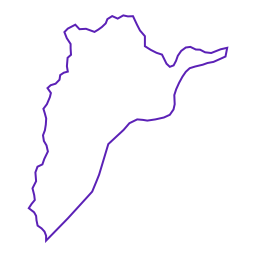 the district of Terezópolis de Goiás, Goiás, Brazil
{"feature_id": "56859067B74545667344243", "entity_name": "Terezópolis de Goiás", "entity_type": "district", "adm_level": 2, "iso_a3": "BRA", "parent_name": "Brazil", "parent_adm1": "Goiás", "projection": "mercator", "projection_center": [-49.069, -16.456], "detail": "fine", "context": "isolated", "style": "outline", "palette": "violet", "viewbox_px": 256, "rotation_deg": 0, "n_neighbors": 0, "source": "geoboundaries", "source_scale": "gbopen_adm2", "svg_char_len": 1314}
<svg xmlns="http://www.w3.org/2000/svg" viewBox="0 0 256 256"><path d="M47.5,88.1L50.9,93.0L49.9,97.1L46.9,104.2L43.4,108.8L44.8,113.3L46.2,118.5L45.8,124.7L44.9,130.3L43.0,135.3L43.9,141.0L46.5,145.4L47.9,151.5L44.3,158.9L42.4,164.4L37.5,166.7L35.4,172.4L36.1,181.2L32.5,188.3L34.2,195.1L34.8,200.0L31.6,203.9L28.8,208.2L34.1,212.3L36.1,215.9L36.5,220.3L37.6,225.6L41.6,228.4L44.5,231.6L46.1,235.7L46.1,240.6L67.8,218.4L78.4,206.8L87.6,196.7L92.2,191.6L96.5,181.2L99.1,174.7L108.3,144.1L123.7,129.8L129.4,123.2L137.2,119.4L143.0,119.9L147.3,120.6L155.4,119.4L163.9,117.5L169.8,114.8L173.5,109.5L174.7,104.2L174.3,95.1L176.2,89.2L179.1,82.8L182.5,76.6L185.8,71.8L189.7,68.2L195.2,66.5L202.8,64.7L207.5,63.0L213.5,61.9L220.0,59.0L225.5,56.5L227.2,47.8L220.6,49.3L211.2,53.0L205.1,52.3L200.1,49.7L195.8,49.5L190.4,46.9L185.8,47.5L181.2,50.9L177.8,55.8L176.0,60.9L173.6,65.4L169.8,66.8L166.5,63.7L162.0,54.6L156.5,52.8L150.8,49.9L144.9,46.2L144.9,36.2L140.0,30.5L137.0,24.7L133.0,16.2L127.9,16.4L123.3,15.4L117.7,18.6L112.2,16.1L107.4,19.1L105.7,23.4L101.9,27.0L98.3,29.6L94.5,31.9L86.0,28.8L79.5,29.2L75.3,24.7L67.8,28.6L64.4,32.1L66.8,38.2L70.6,44.0L70.6,48.4L71.0,54.8L67.6,57.8L66.9,66.2L67.8,71.6L63.8,72.7L60.2,75.1L59.5,79.7L55.6,83.7L50.7,85.2L47.5,88.1Z" fill="none" stroke="#5b21b6" stroke-width="2"/></svg>